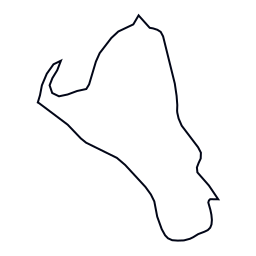 outline of Umm Al Qaywayn
{"feature_id": "ARE-339", "entity_name": "Umm Al Qaywayn", "entity_type": "Emirate", "adm_level": 1, "iso_a3": "ARE", "parent_name": "United Arab Emirates", "parent_adm1": "", "projection": "equal_earth", "projection_center": [55.75, 25.47], "detail": "fine", "context": "isolated", "style": "outline", "palette": "ink", "viewbox_px": 256, "rotation_deg": 0, "n_neighbors": 0, "source": "natural_earth", "source_scale": "10m", "svg_char_len": 952}
<svg xmlns="http://www.w3.org/2000/svg" viewBox="0 0 256 256"><path d="M37.8,102.5L40.0,95.2L41.9,85.3L46.8,73.7L53.5,64.3L60.9,60.7L57.2,70.3L52.4,78.1L49.6,85.3L52.2,93.0L59.0,96.3L67.6,94.5L77.1,91.0L86.3,89.0L89.1,84.4L95.9,61.6L99.7,53.1L111.3,38.0L118.3,31.5L133.3,24.4L138.6,15.4L139.1,16.0L149.7,27.8L153.1,28.4L157.4,29.8L160.7,31.9L163.1,36.4L174.8,83.6L176.6,95.9L177.3,105.1L177.1,110.8L177.3,112.8L178.6,118.5L181.7,125.7L198.1,147.3L200.9,152.7L200.7,158.5L198.6,163.0L196.9,167.5L197.4,172.4L208.9,185.5L218.2,199.3L210.2,199.2L208.9,200.5L208.3,202.5L210.4,209.9L211.4,214.8L211.9,220.0L211.5,224.4L210.2,227.7L207.8,230.1L204.5,231.7L198.2,234.1L193.2,237.2L189.9,238.8L183.9,240.4L177.7,240.6L172.2,240.2L168.0,238.3L165.1,235.3L161.7,229.1L157.2,216.6L154.3,201.4L150.9,194.5L145.4,186.9L125.1,164.9L116.9,157.9L86.1,142.7L80.8,138.4L67.7,124.7L39.1,103.2L37.8,102.5L37.8,102.5Z" fill="none" stroke="#020617" stroke-width="2"/></svg>